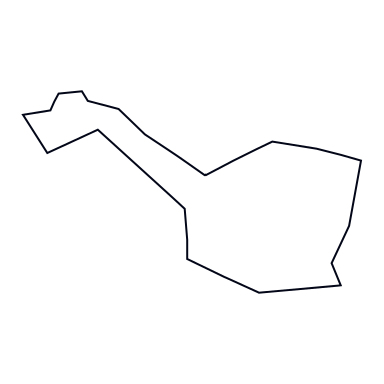 the district of Tedzhen Sovkhoz, Ahal, Turkmenistan
{"feature_id": "10190150B68029188897987", "entity_name": "Tedzhen Sovkhoz", "entity_type": "district", "adm_level": 2, "iso_a3": "TKM", "parent_name": "Turkmenistan", "parent_adm1": "Ahal", "projection": "robinson", "projection_center": [61.206, 37.17], "detail": "fine", "context": "isolated", "style": "outline", "palette": "ink", "viewbox_px": 384, "rotation_deg": 0, "n_neighbors": 0, "source": "geoboundaries", "source_scale": "gbopen_adm2", "svg_char_len": 580}
<svg xmlns="http://www.w3.org/2000/svg" viewBox="0 0 384 384"><path d="M47.3,153.0L84.4,135.9L97.8,129.7L171.9,197.0L184.7,208.8L187.2,239.8L187.2,259.0L224.8,277.2L225.2,277.3L258.4,292.4L259.0,292.7L338.3,285.6L340.7,285.3L332.0,264.1L331.6,263.2L349.1,225.9L361.0,160.6L341.0,154.9L316.6,148.7L272.3,141.6L256.1,149.4L233.1,160.8L205.9,175.1L205.4,174.7L204.6,175.1L181.4,158.8L177.2,155.9L167.5,149.4L144.9,134.4L118.6,109.0L87.8,100.9L87.7,100.8L87.2,99.9L81.9,91.3L58.6,93.6L54.3,101.6L50.4,110.4L23.0,114.8L47.3,153.0Z" fill="none" stroke="#020617" stroke-width="2"/></svg>